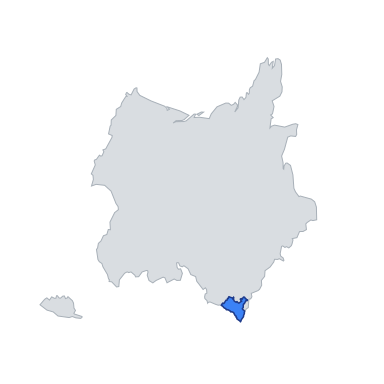 France, with Bas-Rhin highlighted, rotated 101°
{"feature_id": "FRA-5273", "entity_name": "Bas-Rhin", "entity_type": "Metropolitan department", "adm_level": 1, "iso_a3": "FRA", "parent_name": "France", "parent_adm1": "", "projection": "natural_earth1", "projection_center": [7.42, 48.594], "detail": "fine", "context": "in_parent", "style": "filled", "palette": "blue", "viewbox_px": 384, "rotation_deg": 101, "n_neighbors": 0, "source": "natural_earth", "source_scale": "10m", "svg_char_len": 6180}
<svg xmlns="http://www.w3.org/2000/svg" viewBox="0 0 384 384"><g transform="rotate(101 192 192)"><path d="M298.2,155.4L295.7,156.6L294.2,159.0L292.6,159.6L289.7,159.6L288.4,158.1L284.9,159.1L283.5,160.6L285.6,162.5L278.7,170.3L274.3,172.3L273.3,177.4L268.1,181.2L266.2,185.2L266.0,186.0L267.3,187.3L266.8,189.9L264.1,191.6L264.2,193.3L264.9,193.5L268.9,192.2L270.4,190.6L269.6,188.5L273.7,185.9L280.9,186.6L281.7,190.0L280.8,192.9L285.9,199.2L281.4,202.2L281.1,204.1L285.7,210.4L288.7,213.1L287.1,217.3L282.2,220.1L279.0,219.9L277.7,220.5L277.8,221.9L280.0,225.7L285.3,228.2L286.1,231.2L284.6,232.2L282.1,236.6L283.2,238.8L282.8,239.8L283.3,241.2L284.7,242.7L292.1,246.5L298.8,245.8L299.6,247.9L295.5,253.7L295.7,256.3L293.7,256.4L293.3,257.3L289.2,259.2L282.5,265.1L279.4,266.8L278.1,269.7L276.3,271.4L266.7,274.8L264.9,274.0L260.3,274.1L257.4,272.0L251.8,270.6L250.0,267.5L244.8,267.0L244.6,264.9L237.2,266.8L227.0,264.0L223.4,260.9L220.5,261.7L217.8,264.4L206.6,271.6L202.1,279.0L202.8,287.6L205.3,291.8L198.5,291.2L194.5,292.4L193.4,294.3L183.9,292.1L180.3,293.9L179.3,293.8L178.1,292.0L173.5,289.9L174.2,288.5L173.6,287.2L169.3,286.2L167.7,287.5L166.1,284.9L153.8,281.0L151.8,281.1L150.9,285.0L143.0,284.9L141.9,284.2L136.7,285.0L131.4,281.3L125.3,282.1L121.7,278.3L118.1,278.0L113.1,276.1L110.8,275.1L110.5,274.0L109.0,275.7L107.1,275.3L106.7,274.8L108.0,272.7L108.3,270.3L102.0,268.5L100.4,266.8L100.4,265.9L103.9,265.1L107.1,261.7L110.4,249.6L113.0,235.3L114.6,232.6L116.6,231.9L115.1,229.9L113.1,232.5L114.7,219.4L117.3,209.6L122.5,213.6L123.7,215.4L125.0,221.2L127.9,223.7L126.1,221.3L124.4,213.5L123.3,211.3L115.1,204.8L114.9,203.3L118.5,204.1L117.2,199.2L116.7,189.1L111.6,188.0L103.6,183.7L98.3,175.9L97.8,173.0L99.4,170.0L98.1,168.0L95.8,166.7L97.8,164.1L99.4,163.8L105.3,165.3L100.6,162.8L92.7,163.6L89.7,162.8L89.2,160.9L91.4,158.6L88.9,157.1L84.4,157.5L83.9,156.9L85.3,155.2L84.2,154.6L80.5,155.2L78.5,154.7L76.6,152.7L70.8,152.3L69.5,151.2L61.6,149.0L53.1,149.4L50.9,145.6L45.8,143.7L46.9,142.5L52.1,141.4L53.2,140.3L49.5,138.7L48.3,137.2L55.2,136.8L52.2,135.1L45.5,135.3L44.7,133.0L45.7,130.6L49.7,128.5L59.5,126.3L66.5,126.2L71.6,123.5L76.5,122.8L81.2,124.1L87.2,130.7L92.4,127.8L99.9,127.9L101.4,129.5L103.5,126.5L105.1,128.3L114.3,127.7L112.2,126.5L110.6,123.7L110.6,113.4L106.2,105.9L105.2,103.2L105.6,100.9L111.0,101.3L115.6,100.2L117.7,100.9L118.1,105.8L119.9,108.5L132.4,109.4L139.6,110.9L145.8,108.2L151.6,107.0L152.1,106.3L148.8,106.6L145.8,105.4L145.4,104.1L147.1,100.4L156.0,96.2L168.9,92.7L172.2,90.4L176.1,86.1L175.3,85.0L176.2,73.5L178.2,69.7L183.1,67.0L195.5,64.3L197.0,67.9L196.8,70.0L200.0,73.2L201.6,74.2L207.1,72.5L209.6,75.5L210.3,78.9L216.8,80.3L218.6,84.7L219.8,83.7L223.9,83.9L225.8,84.3L228.4,86.3L227.6,88.9L228.7,90.2L227.6,92.6L228.3,93.7L235.8,93.7L238.1,92.6L239.2,90.1L241.5,88.7L242.3,89.1L240.8,93.7L241.8,94.9L242.3,98.1L245.2,98.4L250.7,101.0L255.3,105.3L261.0,104.6L265.5,107.0L270.2,105.8L274.6,107.1L276.2,108.4L280.2,114.5L283.4,113.2L285.7,114.0L286.4,115.7L294.8,114.7L296.4,116.4L298.1,117.0L308.8,119.3L308.9,121.6L302.8,128.1L300.1,137.4L298.2,140.6L297.6,143.1L298.1,144.7L297.8,147.2L296.5,153.3L297.2,155.0L298.2,155.4ZM337.7,281.9L337.1,285.8L338.7,288.6L339.3,299.9L336.2,305.3L335.6,311.9L331.7,319.7L325.5,316.2L323.6,314.3L325.3,311.3L321.7,309.7L322.6,306.8L322.2,305.3L319.7,305.2L319.5,304.4L321.4,302.2L321.3,300.8L318.9,299.0L318.4,297.5L320.8,295.8L319.7,294.2L318.4,293.8L321.5,288.7L323.7,287.1L328.5,285.7L330.5,283.8L333.6,284.8L334.2,284.3L335.2,276.2L336.2,276.1L337.3,277.2L337.7,281.9ZM115.6,199.8L114.8,202.1L111.7,198.1L111.4,195.9L115.6,199.8Z" fill="#d9dde1" stroke="#a8b0b8" stroke-width="1"/><path d="M298.8,117.7L299.1,117.7L299.4,117.6L299.6,117.5L299.8,117.6L300.3,117.7L300.5,117.7L301.2,117.4L301.4,117.4L303.1,117.8L304.3,117.7L304.7,117.7L307.9,119.2L309.9,119.5L310.1,119.7L309.7,120.1L309.1,121.1L308.2,123.3L307.9,123.7L307.0,124.1L306.9,124.1L306.7,124.2L306.6,124.4L306.6,124.6L306.5,124.8L306.4,124.8L305.7,124.9L305.5,125.0L305.3,125.2L305.3,125.7L305.2,125.9L305.0,126.2L304.7,126.4L304.5,126.5L303.9,127.1L303.6,127.3L303.3,127.4L303.0,127.5L302.2,128.7L302.0,129.5L302.0,130.4L302.3,131.0L301.7,131.5L301.4,132.0L301.4,132.5L301.1,132.9L301.0,133.1L300.9,133.4L300.7,134.1L300.7,134.5L300.8,134.8L300.9,135.1L301.0,135.5L301.0,135.8L300.7,136.2L300.3,136.4L300.0,136.6L299.9,137.2L299.8,137.7L299.7,138.1L299.5,138.5L298.2,140.1L298.0,140.4L298.0,140.8L297.9,141.0L297.6,141.4L297.5,141.6L296.7,141.5L296.4,141.4L296.1,140.8L295.8,140.7L295.5,140.7L295.2,140.6L295.2,140.2L295.3,139.9L295.4,139.6L295.1,139.3L291.8,138.0L291.6,137.1L291.0,136.9L289.9,136.8L289.9,136.5L289.8,136.3L289.5,136.1L289.2,136.0L288.6,136.1L288.4,136.0L288.2,136.0L288.0,135.9L287.8,135.8L287.8,135.7L287.7,135.5L287.8,135.3L288.0,134.9L288.0,134.6L288.0,134.2L288.2,133.1L288.2,132.1L288.3,131.9L288.5,131.8L288.7,131.7L287.4,131.1L287.6,130.9L289.6,130.8L289.7,130.7L289.9,130.4L290.0,130.3L290.8,129.9L291.0,129.7L291.3,129.1L291.5,128.5L291.7,127.9L291.8,127.6L291.6,127.5L291.5,127.4L291.3,127.3L291.1,127.2L291.0,126.9L291.2,126.6L291.5,126.2L292.0,125.4L292.1,125.2L292.1,124.9L292.0,124.6L291.8,124.5L290.7,123.4L290.2,123.2L290.0,122.9L290.0,122.6L289.9,122.5L289.8,122.4L289.6,122.5L289.5,122.8L289.5,123.0L289.4,123.2L289.2,123.3L288.9,123.4L288.6,123.5L288.4,123.9L288.3,124.0L288.1,124.1L287.9,124.1L287.7,124.0L287.6,123.9L287.5,123.6L287.4,123.4L287.2,123.2L287.3,122.8L287.6,122.5L287.6,122.3L287.1,122.2L285.9,121.7L285.6,121.5L285.5,121.4L285.3,121.3L285.2,121.1L285.2,120.8L285.2,120.6L285.3,120.3L285.5,120.1L285.6,119.9L286.4,119.4L286.5,119.2L286.5,118.9L286.6,118.7L286.8,118.3L286.9,118.2L287.2,117.9L287.3,117.7L287.2,117.2L287.4,117.0L287.6,116.9L287.9,117.0L288.1,117.2L288.2,117.3L288.3,118.1L288.4,118.3L288.6,118.4L288.8,118.5L289.6,118.7L290.4,119.0L291.3,119.2L291.6,119.3L291.6,119.5L291.8,119.8L292.0,119.9L292.2,120.0L292.6,120.1L293.3,120.1L295.4,119.7L295.6,119.7L295.8,119.8L296.0,119.9L296.6,120.2L296.8,120.3L297.0,120.3L297.1,120.2L297.3,120.1L297.5,119.9L297.7,119.7L298.1,118.7L298.8,117.7Z" fill="#3b82f6" stroke="#1e3a8a" stroke-width="1.5"/></g></svg>